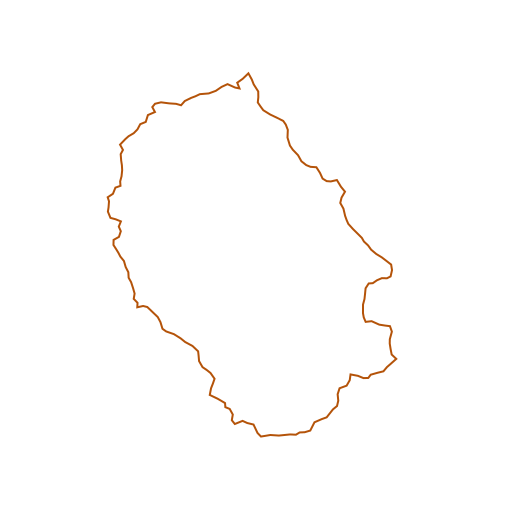 Pariquera-Açu, São Paulo, Brazil, rotated 297°
{"feature_id": "56859067B89497836520206", "entity_name": "Pariquera-Açu", "entity_type": "district", "adm_level": 2, "iso_a3": "BRA", "parent_name": "Brazil", "parent_adm1": "São Paulo", "projection": "albers", "projection_center": [-47.849, -24.682], "detail": "fine", "context": "isolated", "style": "outline", "palette": "amber", "viewbox_px": 512, "rotation_deg": 297, "n_neighbors": 0, "source": "geoboundaries", "source_scale": "gbopen_adm2", "svg_char_len": 2449}
<svg xmlns="http://www.w3.org/2000/svg" viewBox="0 0 512 512"><g transform="rotate(297 256 256)"><path d="M277.0,368.3L282.7,368.9L284.8,372.4L289.3,374.8L293.4,378.2L295.6,382.8L298.9,385.2L305.2,383.6L309.7,380.3L310.9,374.1L311.9,368.7L312.4,362.2L313.9,355.7L316.3,351.1L317.9,345.6L320.2,342.1L321.8,337.2L324.1,330.0L326.5,323.7L329.1,320.5L332.2,317.2L337.9,312.4L341.5,307.0L346.9,305.7L353.7,306.1L356.3,300.2L360.4,293.6L356.4,288.8L354.8,285.0L355.2,280.2L359.1,275.3L362.5,269.5L360.2,264.1L359.8,259.5L361.0,253.5L364.9,247.7L367.4,240.5L369.8,236.1L375.8,230.3L382.8,227.1L386.6,222.9L388.7,219.0L388.7,212.3L388.5,204.4L389.2,196.3L391.2,192.3L393.6,187.9L398.5,186.0L403.6,183.3L407.9,176.0L411.3,172.2L415.3,166.3L407.8,163.7L401.9,160.6L397.8,165.2L396.6,160.9L396.2,152.6L391.1,148.6L384.9,145.2L379.4,140.1L374.7,132.5L370.8,129.5L367.4,126.4L361.8,122.2L356.3,120.8L355.3,115.7L352.6,109.4L349.8,101.6L345.8,96.9L341.6,96.0L338.4,100.6L332.5,95.7L325.4,96.9L320.9,93.0L315.0,92.9L309.9,91.3L304.9,88.1L300.8,86.5L293.5,84.3L290.1,89.3L285.3,89.2L279.9,92.5L276.0,95.3L271.7,97.8L266.0,100.0L260.8,101.1L257.0,103.4L253.1,99.7L246.5,100.3L241.0,97.2L238.0,100.2L232.5,102.5L228.3,103.9L223.9,109.0L225.0,114.3L225.5,119.9L219.9,120.4L216.7,124.3L210.8,125.2L205.7,121.8L201.1,124.0L198.6,128.3L196.4,131.9L193.9,135.4L191.6,140.6L187.0,144.9L183.6,149.6L178.8,152.4L176.0,156.6L171.4,161.2L167.4,164.9L162.3,166.5L160.5,171.7L156.4,173.5L160.2,178.1L161.2,182.3L158.9,189.9L157.0,196.2L153.7,200.9L148.7,205.7L148.0,210.2L149.1,218.3L148.4,226.3L147.2,231.9L147.0,240.3L144.8,247.7L141.3,250.0L136.5,253.0L132.7,258.8L132.0,264.2L131.1,268.6L127.8,274.8L122.9,275.5L117.7,276.0L111.2,277.9L111.4,286.9L110.9,295.2L107.4,297.3L107.8,302.0L104.2,307.3L98.7,309.0L96.7,313.4L103.0,318.9L103.2,324.0L104.7,330.3L99.0,337.7L97.4,342.4L100.1,346.1L103.0,350.0L106.4,357.9L108.9,361.8L112.5,367.4L114.9,372.7L118.6,375.0L121.1,379.4L125.1,383.6L134.4,383.6L140.6,388.7L144.3,392.2L148.8,393.1L154.3,394.2L159.1,396.3L164.4,395.0L169.9,391.5L176.1,390.5L181.6,395.6L187.9,395.9L193.4,394.0L195.5,401.2L196.0,407.2L198.3,411.4L202.3,412.1L207.3,417.5L211.1,421.9L216.4,423.1L228.0,427.7L229.8,421.6L234.3,418.1L238.7,414.9L242.6,413.0L250.3,411.4L254.3,407.2L252.7,402.8L250.8,397.0L250.4,388.6L247.1,383.6L250.2,379.9L253.6,377.3L261.3,373.4L266.9,372.2L271.4,370.5L277.0,368.3Z" fill="none" stroke="#b45309" stroke-width="2"/></g></svg>